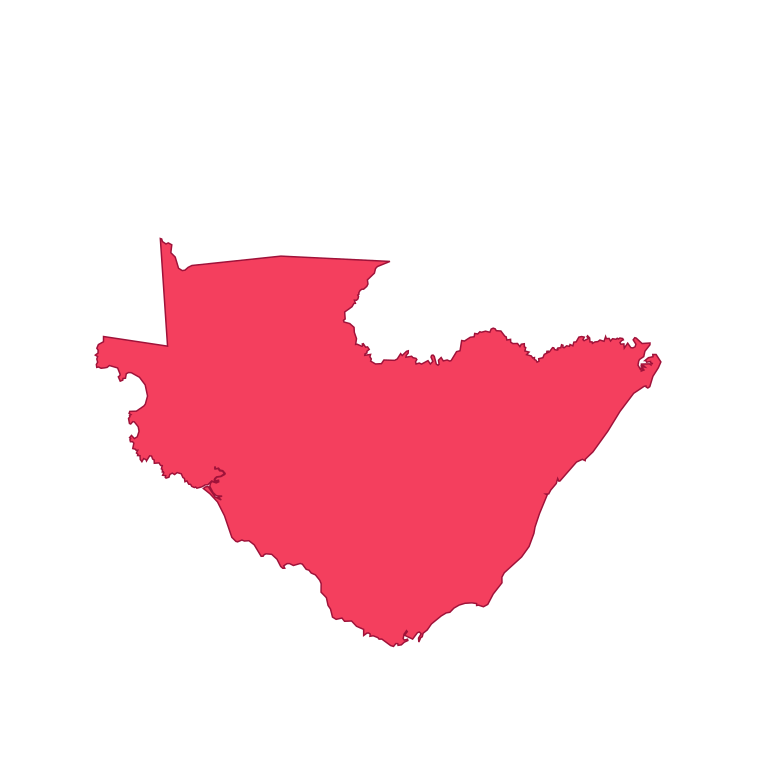 Pedasí, Los Santos, Panama, rotated 58°
{"feature_id": "35544464B62202964850227", "entity_name": "Pedasí", "entity_type": "district", "adm_level": 2, "iso_a3": "PAN", "parent_name": "Panama", "parent_adm1": "Los Santos", "projection": "natural_earth1", "projection_center": [-80.113, 7.529], "detail": "fine", "context": "isolated", "style": "filled", "palette": "rose", "viewbox_px": 768, "rotation_deg": 58, "n_neighbors": 0, "source": "geoboundaries", "source_scale": "gbopen_adm2", "svg_char_len": 6170}
<svg xmlns="http://www.w3.org/2000/svg" viewBox="0 0 768 768"><g transform="rotate(58 384 384)"><path d="M308.3,382.5L302.1,379.2L301.5,370.2L299.7,366.7L300.4,365.5L297.2,364.7L298.4,362.9L298.0,361.0L296.3,359.2L294.7,359.2L294.5,357.5L293.4,357.2L292.0,354.7L291.9,352.5L292.8,351.0L292.1,346.9L290.7,344.6L286.9,342.9L284.9,333.4L281.6,330.0L280.9,327.3L283.2,314.0L220.9,403.7L181.7,484.1L181.3,488.3L182.0,492.5L180.9,495.0L177.0,496.9L165.7,493.8L159.7,495.2L153.5,490.2L150.0,492.2L149.7,494.7L145.8,496.4L143.2,495.7L142.1,496.6L237.2,547.5L195.1,596.7L199.5,599.5L199.2,605.3L201.5,608.6L203.8,608.5L206.2,610.1L206.5,613.5L209.0,612.3L210.6,614.3L213.8,615.3L215.0,617.6L217.7,618.8L218.3,617.1L220.7,615.6L222.2,612.5L223.2,610.0L222.8,607.1L229.2,601.4L235.9,602.6L236.9,603.6L237.1,605.5L241.8,606.2L242.3,603.5L241.0,602.4L242.1,600.2L238.7,597.1L238.9,594.6L240.5,592.3L248.7,587.8L258.2,587.0L268.9,590.9L274.6,597.1L275.4,599.3L275.8,608.4L272.5,614.1L273.9,615.8L275.9,614.8L275.9,616.5L277.1,616.8L277.8,618.9L282.6,620.8L283.7,620.0L282.8,616.9L283.8,615.8L290.0,615.1L294.3,616.8L298.0,621.2L298.0,624.6L293.8,625.4L294.7,628.2L296.0,627.8L296.6,629.0L298.6,629.6L299.7,627.8L301.6,627.5L305.6,631.3L307.7,629.3L308.9,629.4L309.7,627.9L311.3,630.5L313.2,629.9L314.1,630.9L315.5,628.9L318.8,630.7L321.6,630.5L319.9,627.3L322.1,625.9L323.4,626.2L320.7,620.8L322.0,619.3L325.0,620.0L326.6,619.2L329.5,620.8L331.7,616.6L334.7,616.6L335.7,615.3L338.0,617.8L339.0,617.2L341.2,618.6L341.5,617.6L342.6,617.8L344.1,620.1L346.0,617.7L347.3,619.0L348.3,618.7L349.1,615.8L347.2,613.5L347.4,610.8L349.8,609.6L349.5,606.4L352.7,603.5L356.7,604.1L358.3,603.3L361.4,604.6L361.7,602.5L365.5,602.7L366.6,601.2L368.9,601.3L371.3,599.7L371.6,598.3L373.2,597.9L374.7,592.9L374.8,589.1L376.1,586.8L374.9,581.5L378.5,578.3L378.9,576.4L378.2,575.8L376.5,578.8L375.2,578.6L374.5,577.7L374.0,575.2L375.7,571.4L375.5,566.9L372.4,567.1L370.5,569.4L367.8,569.5L366.6,572.4L365.5,572.1L364.3,570.9L366.6,571.9L367.7,568.9L370.1,568.7L372.0,566.7L375.6,566.1L376.3,566.9L376.1,571.3L374.5,574.9L375.0,577.8L376.7,578.2L377.9,575.3L379.4,576.0L379.0,578.7L375.5,581.6L376.2,583.6L378.5,586.0L385.5,586.5L390.0,585.3L393.3,580.7L392.2,584.7L396.1,583.4L390.5,587.1L377.8,587.5L376.6,590.1L376.9,592.6L384.8,589.8L395.8,587.7L411.2,589.1L433.4,594.3L439.0,593.0L440.3,591.8L441.0,587.2L443.2,585.6L445.3,581.6L451.6,579.3L465.0,579.5L466.0,577.8L465.2,576.0L465.5,574.0L468.9,569.5L475.9,567.6L484.0,568.3L486.6,567.5L487.6,565.8L485.1,565.4L484.9,561.5L486.3,559.2L489.9,557.0L491.8,550.2L493.5,548.7L499.9,548.2L502.1,546.3L505.7,545.9L509.5,543.3L516.5,542.5L520.0,543.1L527.2,547.7L534.7,546.1L542.2,548.8L546.4,548.6L554.4,551.2L558.2,549.3L560.2,543.7L564.3,543.2L567.8,537.1L574.9,535.7L581.3,531.3L586.5,534.5L586.2,530.5L587.0,529.0L588.8,528.2L590.5,529.6L591.8,526.6L595.8,523.6L597.7,523.4L599.2,521.0L609.3,517.0L611.6,515.0L610.4,511.5L611.5,509.9L613.1,510.6L614.4,507.5L613.7,503.6L614.2,499.7L612.9,499.3L611.9,502.5L610.1,502.7L606.8,499.6L605.1,495.6L606.4,495.5L608.0,499.7L615.5,494.9L612.6,487.4L613.1,485.4L615.5,484.9L617.8,489.4L621.3,491.2L618.6,487.3L618.6,485.5L616.1,482.9L615.5,477.7L612.6,470.9L611.0,458.4L611.1,452.5L612.5,449.1L611.1,443.4L611.3,437.4L612.9,431.5L616.2,425.4L619.3,421.8L620.9,422.8L621.6,421.1L625.6,417.7L625.9,412.8L620.0,402.7L615.1,389.3L610.3,386.4L607.8,382.0L603.6,359.0L598.7,347.1L590.1,336.0L585.4,331.8L576.3,320.8L564.5,304.3L563.1,305.1L564.5,302.6L562.3,298.8L559.7,290.7L556.2,286.8L559.0,287.2L559.5,286.2L552.2,262.1L553.0,255.7L555.6,254.0L554.4,253.0L552.3,242.8L542.6,219.1L532.3,198.4L524.2,177.2L523.8,164.7L524.5,162.9L525.5,163.3L527.2,162.4L527.1,160.0L520.0,151.9L515.6,142.7L512.0,137.5L503.2,137.6L501.4,140.4L503.4,141.4L501.8,145.8L502.4,150.3L502.9,149.6L504.7,149.7L506.1,146.0L507.0,146.6L509.3,145.2L508.1,146.7L509.3,147.5L507.5,148.3L503.5,155.2L504.8,156.0L506.2,154.1L508.1,153.6L505.7,156.4L509.9,156.1L509.4,158.7L508.0,157.0L506.6,157.9L507.3,158.8L502.6,158.6L499.6,155.9L498.6,154.3L498.4,149.2L494.5,145.4L491.7,137.7L490.2,136.7L486.4,143.7L478.7,145.8L477.6,146.8L478.6,149.3L483.7,149.3L485.5,151.3L485.3,153.8L484.0,155.4L478.5,155.7L480.9,161.2L477.1,159.3L475.8,162.0L473.9,162.0L473.1,159.5L473.4,157.6L471.9,157.5L470.0,159.6L470.0,161.4L468.8,162.0L469.0,163.6L466.7,166.2L467.6,169.1L464.7,168.9L463.3,171.4L461.2,170.9L464.4,174.8L461.1,177.6L461.4,180.1L460.1,182.8L460.0,185.7L458.6,185.2L457.4,187.0L453.9,185.2L451.0,185.8L451.5,186.8L453.8,186.3L453.3,191.4L451.8,191.8L450.4,189.3L448.5,191.2L447.5,193.9L450.1,198.7L449.1,200.8L451.7,203.6L449.1,205.3L450.3,206.8L448.4,208.9L448.7,212.1L447.7,212.8L446.0,211.7L444.8,212.6L446.9,214.9L445.6,217.5L446.0,218.4L447.1,218.3L447.0,219.3L445.3,221.0L443.2,220.9L442.5,221.8L444.4,226.7L444.2,228.2L443.2,227.4L442.6,228.5L444.1,229.8L443.8,232.4L445.9,235.3L444.5,239.4L446.8,240.5L446.6,242.6L444.4,242.5L442.9,243.5L441.3,242.4L440.7,244.1L438.3,244.2L434.7,247.5L433.8,244.1L430.6,247.0L428.2,244.5L426.9,245.3L424.2,243.7L423.0,246.5L424.3,248.9L420.4,249.3L418.0,253.3L415.7,254.4L413.2,253.0L411.8,256.5L408.7,255.4L407.6,256.2L401.0,256.8L398.3,260.5L396.1,260.5L394.5,261.8L394.2,264.0L396.2,266.8L393.0,269.9L391.7,274.1L390.5,275.0L391.2,278.0L389.2,280.3L391.7,282.5L390.1,286.0L390.2,293.0L388.3,295.1L396.1,301.9L395.0,305.3L399.7,314.6L399.4,316.1L397.1,317.7L395.8,321.5L391.8,321.5L392.7,325.2L396.4,326.8L396.7,328.3L394.8,329.1L387.2,326.7L385.4,327.1L385.0,328.5L386.1,329.9L390.7,330.6L391.6,334.1L387.5,334.3L387.0,341.6L384.9,343.0L384.0,346.2L381.8,345.4L380.7,343.2L379.2,343.3L377.0,345.5L375.1,345.9L372.9,351.2L371.5,349.9L370.6,347.1L368.7,345.8L368.2,347.6L369.5,353.5L367.1,353.8L369.8,359.5L369.6,362.4L363.6,371.4L365.4,375.4L362.5,380.6L357.5,383.2L356.0,381.5L353.4,381.5L351.8,379.7L349.5,385.1L348.4,384.1L348.6,382.0L347.2,381.1L346.8,378.2L343.8,378.3L343.0,380.1L338.8,380.2L338.6,381.3L340.1,381.6L340.4,382.7L335.9,385.8L335.4,387.1L331.0,383.3L324.5,381.8L320.1,379.4L314.6,381.0L310.2,385.1L308.5,384.6L308.3,382.5Z" fill="#f43f5e" stroke="#9f1239" stroke-width="1.5"/></g></svg>